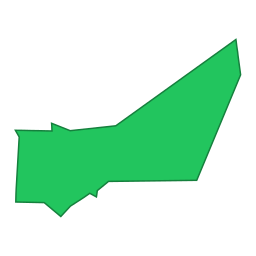 map outline of Adrar (Albers equal-area conic projection)
{"feature_id": "MRT-2795", "entity_name": "Adrar", "entity_type": "Region", "adm_level": 1, "iso_a3": "MRT", "parent_name": "Mauritania", "parent_adm1": "", "projection": "albers", "projection_center": [-10.597, 21.416], "detail": "fine", "context": "isolated", "style": "filled", "palette": "green", "viewbox_px": 256, "rotation_deg": 0, "n_neighbors": 0, "source": "natural_earth", "source_scale": "10m", "svg_char_len": 643}
<svg xmlns="http://www.w3.org/2000/svg" viewBox="0 0 256 256"><path d="M15.4,130.3L23.4,130.4L31.3,130.6L38.1,130.7L43.3,130.8L46.6,130.9L47.8,130.9L52.0,131.0L51.8,126.0L51.6,123.3L52.4,123.6L70.2,130.7L115.8,125.8L235.9,39.5L236.2,41.6L236.7,45.8L237.3,49.9L237.6,51.8L238.0,55.5L238.5,59.2L239.0,62.9L239.5,66.6L240.0,70.3L240.5,74.0L240.6,74.8L240.4,75.3L197.1,179.4L196.7,180.3L109.2,181.4L108.5,181.4L97.8,190.2L97.3,190.6L96.6,195.8L96.4,196.9L89.8,193.3L83.6,197.6L70.4,206.1L67.0,209.8L60.8,216.5L44.2,202.6L15.8,202.0L16.0,193.5L16.2,188.9L19.2,137.0L18.7,136.1L15.4,130.3Z" fill="#22c55e" stroke="#15803d" stroke-width="1.5"/></svg>